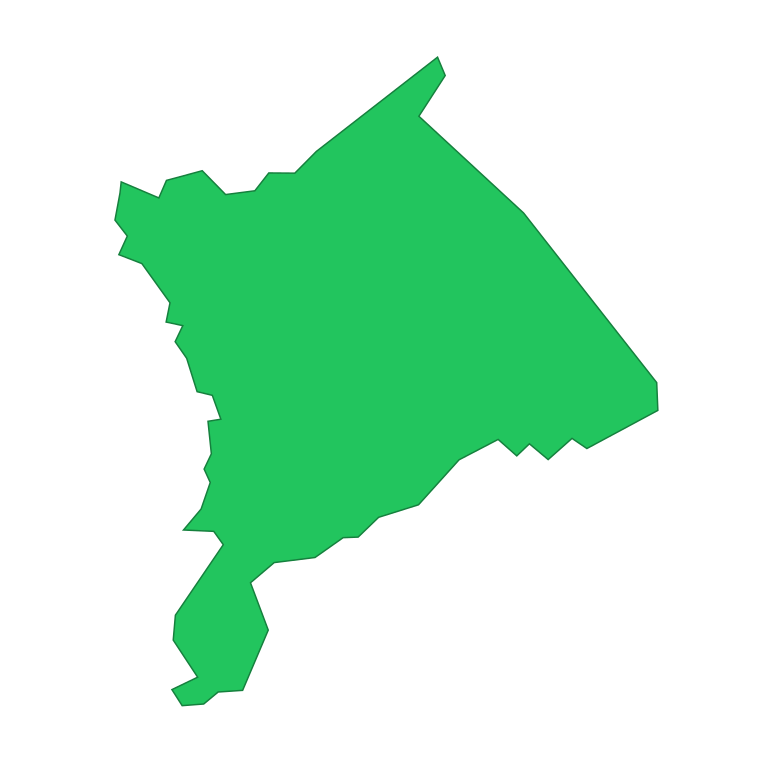 outline of Culpeper, Virginia, United States of America, rotated 92°
{"feature_id": "52423323B12742800071911", "entity_name": "Culpeper", "entity_type": "district", "adm_level": 2, "iso_a3": "USA", "parent_name": "United States of America", "parent_adm1": "Virginia", "projection": "equal_earth", "projection_center": [-77.91, 38.503], "detail": "fine", "context": "isolated", "style": "filled", "palette": "green", "viewbox_px": 768, "rotation_deg": 92, "n_neighbors": 0, "source": "geoboundaries", "source_scale": "gbopen_adm2", "svg_char_len": 899}
<svg xmlns="http://www.w3.org/2000/svg" viewBox="0 0 768 768"><g transform="rotate(92 384 384)"><path d="M55.5,341.9L153.9,459.7L176.4,480.5L177.1,506.5L195.4,519.8L200.2,548.9L177.2,573.1L188.1,608.5L205.9,615.5L191.2,653.7L202.3,654.5L229.6,658.6L245.1,645.7L264.0,653.5L272.1,630.2L310.3,600.7L329.7,603.9L332.7,587.1L349.0,594.2L365.2,582.1L398.2,570.5L401.3,555.2L424.9,545.8L427.4,558.6L459.8,554.1L475.3,560.8L488.5,554.2L515.3,562.4L536.9,579.3L537.2,549.0L550.2,539.0L622.3,584.4L647.3,585.7L683.5,560.0L696.8,585.3L712.5,574.5L710.1,553.0L697.6,539.0L695.1,514.6L634.0,491.1L587.3,510.5L566.3,487.5L559.8,446.9L539.0,419.5L537.9,404.5L517.4,384.7L503.5,345.3L457.1,306.3L435.4,268.0L451.2,248.8L438.7,236.6L453.8,217.3L431.8,194.2L441.4,179.0L400.8,109.4L373.1,111.5L326.3,151.0L208.3,250.4L115.2,358.5L73.6,333.6L55.5,341.9Z" fill="#22c55e" stroke="#15803d" stroke-width="1.5"/></g></svg>